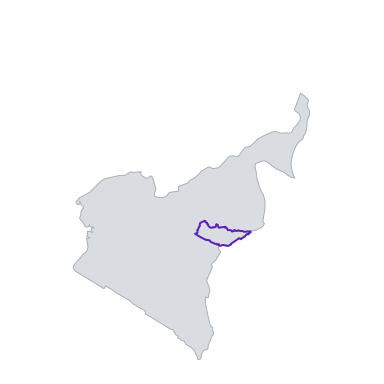 Mbere, Adamaoua, Cameroon (highlighted), rotated 31°
{"feature_id": "32672807B16068661668461", "entity_name": "Mbere", "entity_type": "district", "adm_level": 2, "iso_a3": "CMR", "parent_name": "Cameroon", "parent_adm1": "Adamaoua", "projection": "albers", "projection_center": [14.525, 6.605], "detail": "fine", "context": "in_parent", "style": "outline", "palette": "violet", "viewbox_px": 384, "rotation_deg": 31, "n_neighbors": 0, "source": "geoboundaries", "source_scale": "gbopen_adm2", "svg_char_len": 6036}
<svg xmlns="http://www.w3.org/2000/svg" viewBox="0 0 384 384"><g transform="rotate(31 192 192)"><path d="M98.3,255.8L99.1,253.9L104.5,244.9L108.0,230.6L109.5,227.2L111.1,225.0L118.9,217.4L121.7,215.0L125.9,212.2L128.9,206.6L129.9,206.0L131.3,205.6L137.9,200.9L138.5,201.8L138.9,202.9L139.4,203.5L141.5,203.9L144.5,203.9L146.2,203.5L147.1,202.6L148.0,199.9L148.6,199.4L149.2,199.3L152.5,201.2L157.7,206.5L159.1,207.4L159.6,208.4L160.8,213.2L161.4,214.4L162.5,214.8L164.6,214.5L166.8,213.7L168.7,212.5L170.5,211.0L171.8,209.5L172.4,208.5L172.7,204.6L173.1,203.8L180.0,198.2L179.8,197.7L178.7,196.1L177.7,194.3L178.8,192.6L179.8,191.2L183.9,186.5L184.1,183.1L187.3,177.8L189.2,170.8L189.2,169.5L193.4,161.8L197.8,161.1L199.5,160.0L201.5,158.1L202.7,156.3L203.3,154.6L203.8,151.3L204.5,147.6L205.0,144.3L206.4,141.3L208.5,139.8L212.4,138.5L212.9,137.9L213.5,135.9L214.0,129.3L214.7,126.3L218.2,123.0L219.8,117.8L221.2,112.3L225.2,105.7L229.9,99.2L232.0,97.4L233.9,96.6L236.0,96.5L237.4,96.0L242.4,92.7L244.6,91.6L246.1,90.5L246.5,89.5L246.6,88.1L246.1,84.7L247.0,82.2L247.5,78.3L247.7,75.3L247.5,74.3L246.6,72.6L245.1,70.7L242.6,69.6L239.1,69.3L237.3,68.6L236.7,65.1L236.4,63.0L234.1,51.5L238.5,51.6L243.7,52.9L245.0,54.0L245.7,57.9L247.6,60.1L251.0,61.9L253.1,65.7L253.9,71.4L255.7,74.8L256.1,75.3L258.7,81.8L258.9,84.8L258.7,86.8L259.7,89.3L258.1,93.5L257.7,96.1L257.5,99.8L258.5,106.3L260.0,111.3L261.7,115.3L263.5,118.4L266.5,121.9L269.8,125.0L272.8,127.0L270.0,128.2L264.6,128.4L261.5,127.7L260.1,127.7L258.6,128.1L252.8,128.7L247.0,128.4L241.7,127.6L238.4,127.7L235.9,129.7L233.8,132.5L231.9,134.8L232.6,137.4L234.0,138.8L236.8,141.9L239.3,144.9L240.6,146.9L245.5,151.3L250.3,155.2L252.6,156.6L253.4,156.9L256.1,159.1L259.7,162.8L263.0,168.6L267.7,180.2L268.7,181.2L270.3,181.8L270.5,183.0L270.4,184.8L269.9,186.3L266.2,192.4L262.9,194.7L261.9,196.2L260.7,199.7L257.7,206.6L256.5,207.5L253.5,212.2L251.1,218.1L250.5,219.0L249.5,219.8L246.1,221.2L244.9,221.9L243.2,223.8L242.9,225.0L243.8,226.7L244.7,228.0L246.5,228.0L247.5,229.3L247.5,238.4L246.7,239.8L246.7,240.4L246.3,242.0L246.2,243.7L246.4,244.4L247.1,245.0L248.1,246.2L248.6,249.0L249.8,258.9L250.3,260.4L251.3,261.5L254.3,263.6L257.5,266.4L258.5,268.3L259.1,271.2L260.3,273.6L260.3,274.4L259.8,274.7L257.8,274.9L258.5,276.6L260.1,279.5L268.3,288.7L276.1,296.8L278.0,297.4L279.3,297.5L279.9,298.0L280.6,299.2L283.3,302.1L283.7,303.8L283.2,305.5L283.8,308.0L284.2,308.9L284.1,309.7L284.4,312.8L285.1,315.5L286.3,317.8L286.1,319.5L284.6,320.4L283.7,321.9L283.5,324.0L283.9,326.5L285.1,329.5L285.1,331.3L283.3,332.5L281.2,330.4L278.8,329.0L275.4,326.6L271.9,325.8L267.3,325.6L265.4,325.9L262.0,323.9L261.0,323.7L259.5,324.5L258.4,324.5L257.2,324.2L254.6,324.3L254.4,322.9L253.9,322.6L251.1,322.7L250.3,321.5L249.9,321.7L248.8,321.3L246.6,319.7L244.2,320.8L239.4,320.6L214.8,320.5L214.2,319.0L213.0,318.2L210.8,318.1L204.3,318.4L199.3,318.2L195.9,317.5L191.7,317.2L186.6,317.4L181.3,317.4L171.9,316.9L166.7,316.9L166.8,317.9L166.5,318.6L166.2,320.2L132.8,319.9L130.1,318.8L129.3,318.1L129.0,316.7L128.4,316.5L129.0,310.7L130.2,305.9L130.6,301.5L132.2,297.5L131.4,293.5L130.5,291.8L125.5,286.1L127.8,284.0L124.8,284.3L124.2,282.2L122.7,279.7L123.6,279.3L124.5,277.9L127.3,278.3L127.2,277.7L124.8,275.6L125.1,274.5L126.1,273.3L125.6,272.8L123.9,274.0L122.6,274.0L121.7,273.2L121.0,273.0L121.4,274.6L120.4,276.1L119.5,276.6L118.0,276.5L116.7,276.1L116.4,275.3L115.2,274.7L111.9,273.6L109.1,272.3L108.6,268.8L107.5,267.4L107.0,265.7L106.8,263.8L107.2,260.9L106.5,260.4L105.7,260.2L104.5,260.3L103.4,260.2L102.0,258.5L100.9,257.9L101.6,260.9L100.7,261.7L98.7,261.4L97.9,260.3L97.7,259.5L98.7,255.9L98.3,255.8Z" fill="#d9dde1" stroke="#a8b0b8" stroke-width="1"/><path d="M216.5,226.2L218.6,226.3L224.1,226.2L228.3,225.9L230.5,225.0L231.9,224.4L232.4,224.4L233.5,225.2L237.2,224.6L238.6,224.6L239.4,223.9L240.7,224.1L241.5,223.1L242.0,223.0L242.3,223.8L242.8,223.9L243.2,223.8L243.3,223.8L243.5,223.7L243.9,223.6L244.0,223.5L244.0,223.4L244.6,222.9L244.8,222.8L244.9,222.6L245.0,222.4L245.3,222.1L245.4,221.9L245.5,221.8L245.7,221.7L246.2,221.2L246.3,221.2L246.5,221.1L247.7,220.8L248.0,220.7L248.3,220.6L250.1,219.9L250.5,219.7L250.8,219.5L250.9,219.3L251.4,218.5L251.9,217.8L252.0,217.7L252.2,217.4L252.4,217.0L252.2,216.4L252.2,216.1L252.3,215.9L252.4,215.7L252.9,214.7L253.2,214.2L253.4,213.6L253.5,213.4L253.6,213.2L253.7,212.9L254.4,211.5L255.0,210.1L255.2,209.7L255.3,209.5L255.5,209.0L255.7,208.3L255.8,208.3L255.9,208.0L256.1,207.6L256.2,207.4L256.4,207.4L256.8,207.3L257.0,207.3L257.3,207.1L257.7,207.0L257.9,207.1L258.1,207.2L258.5,206.8L258.6,206.5L258.7,206.0L258.7,205.8L259.0,205.4L259.1,205.2L259.3,204.7L259.4,204.4L259.6,204.1L259.7,203.9L259.8,203.4L260.0,203.2L260.2,202.8L260.4,202.7L260.3,202.1L260.5,201.0L260.5,200.8L260.5,200.7L260.7,200.4L260.7,200.2L260.9,200.1L261.0,199.7L261.4,199.4L261.6,199.5L261.8,199.4L261.7,199.3L261.8,199.2L262.0,198.6L262.4,197.8L262.2,197.8L262.2,197.7L262.1,196.9L262.2,196.6L262.5,196.4L262.5,196.1L262.7,195.9L262.3,195.7L262.2,195.7L261.6,196.2L260.9,196.6L260.0,197.2L259.7,197.5L257.1,199.3L255.4,199.4L253.7,200.5L251.5,201.1L251.4,201.1L251.1,201.8L249.8,202.7L248.3,202.7L247.8,203.0L248.1,203.5L247.1,205.0L246.4,205.2L245.9,204.7L245.7,204.7L244.5,205.0L243.8,205.3L243.0,205.8L242.3,206.2L241.5,205.6L240.5,205.4L240.2,205.0L239.2,205.4L238.8,204.7L238.1,204.9L237.7,205.4L236.4,206.3L235.4,207.1L234.0,208.3L233.6,208.7L232.9,208.7L232.3,208.1L231.5,207.3L230.8,207.0L229.7,207.0L229.5,207.5L230.2,209.0L230.1,209.7L230.1,209.8L229.6,210.3L229.1,210.7L228.9,211.3L228.1,211.5L227.9,211.7L226.8,212.9L225.8,213.0L224.8,213.0L223.2,212.5L222.5,211.5L222.1,211.6L221.3,211.5L220.7,210.7L219.7,210.9L219.0,210.9L218.5,210.1L217.6,210.3L217.4,210.6L215.9,212.7L215.0,214.5L215.4,215.9L216.2,217.1L216.0,218.4L216.2,219.1L216.2,219.8L216.4,220.5L216.5,221.5L216.2,222.0L216.8,222.7L217.2,223.3L217.4,223.6L217.5,223.8L217.6,224.3L217.0,224.9L216.9,225.6L216.5,226.2Z" fill="none" stroke="#5b21b6" stroke-width="2"/></g></svg>